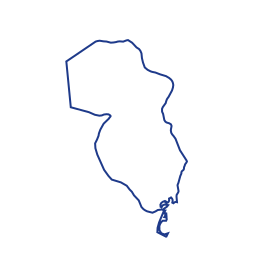 map outline of Ash Sharqiyah (Albers equal-area conic projection), rotated 119°
{"feature_id": "EGY-1535", "entity_name": "Ash Sharqiyah", "entity_type": "Governorate", "adm_level": 1, "iso_a3": "EGY", "parent_name": "Egypt", "parent_adm1": "", "projection": "albers", "projection_center": [31.859, 30.68], "detail": "fine", "context": "isolated", "style": "outline", "palette": "blue", "viewbox_px": 256, "rotation_deg": 119, "n_neighbors": 0, "source": "natural_earth", "source_scale": "10m", "svg_char_len": 2364}
<svg xmlns="http://www.w3.org/2000/svg" viewBox="0 0 256 256"><g transform="rotate(119 128 128)"><path d="M169.1,49.2L169.4,50.3L170.3,51.2L171.8,51.8L171.8,53.1L170.3,53.5L169.2,54.2L168.4,55.2L167.9,56.7L168.6,57.0L169.8,57.9L171.3,56.9L172.6,56.7L173.8,57.0L174.9,57.9L174.9,59.0L173.9,59.0L173.9,60.3L175.4,61.6L177.3,62.5L179.3,62.5L181.1,61.3L181.1,60.2L178.9,60.2L177.4,59.1L176.5,57.3L176.0,55.5L178.2,55.9L181.3,57.5L182.7,57.7L182.8,58.8L185.3,62.2L187.6,63.5L190.2,65.5L191.6,70.8L191.7,72.9L191.5,75.1L190.6,77.9L186.1,83.5L184.0,90.1L181.9,93.7L181.0,96.8L179.1,101.1L179.0,107.9L181.0,117.2L179.4,121.8L176.2,128.6L166.2,141.9L161.5,146.7L157.4,149.3L153.0,149.5L149.1,150.0L146.8,150.8L142.8,151.4L136.2,151.4L135.7,151.3L128.8,149.2L128.3,149.3L127.9,149.2L127.0,149.0L126.3,148.9L125.9,149.1L125.6,149.7L125.5,151.6L126.3,153.4L127.9,155.6L129.7,157.0L131.1,159.0L132.5,163.4L133.1,169.8L137.6,188.1L99.7,214.2L68.1,198.2L66.7,196.8L65.4,195.1L64.1,191.5L62.8,188.7L61.7,184.4L60.2,182.1L58.7,180.2L57.3,178.8L56.2,177.2L54.8,174.1L52.2,171.9L51.1,170.6L51.4,165.8L53.4,159.6L53.6,156.6L54.5,154.6L56.2,152.4L60.1,149.7L63.4,146.7L66.9,142.7L67.6,139.1L67.5,135.7L67.2,134.1L66.2,130.9L65.5,125.9L64.2,119.9L64.3,116.3L64.8,113.8L65.7,111.9L67.0,110.4L68.5,109.2L70.9,108.3L73.8,107.7L81.2,107.6L82.6,107.8L84.1,107.9L86.5,107.5L87.9,107.1L92.9,107.7L94.8,107.5L97.2,106.1L98.7,104.1L103.4,100.1L104.3,98.5L104.5,97.0L103.9,94.2L104.0,92.2L105.1,90.9L106.5,90.4L108.1,89.9L109.3,89.4L111.2,87.9L112.2,86.2L113.0,84.1L114.4,81.2L122.3,71.7L127.9,61.3L128.6,60.3L128.9,60.2L129.7,60.2L130.4,60.2L131.4,60.4L132.2,60.4L132.5,60.4L133.1,60.2L133.8,60.1L135.0,60.0L135.3,59.9L136.6,59.3L137.2,59.2L137.6,59.2L137.9,59.2L139.1,59.7L139.7,59.9L140.1,59.9L140.4,59.9L141.1,59.7L142.1,59.2L142.4,59.2L144.6,59.0L151.6,57.3L153.4,57.1L153.8,57.0L154.1,56.9L158.7,53.2L159.3,53.0L160.0,52.9L162.7,53.0L163.0,53.0L164.5,52.3L169.1,49.2ZM182.6,56.5L182.1,55.4L184.5,55.3L185.2,55.4L185.2,54.1L184.6,54.0L184.4,53.8L184.5,53.6L184.2,53.1L184.5,52.9L186.3,51.7L186.3,52.8L186.8,53.0L187.4,52.9L188.3,53.0L187.7,51.1L188.9,49.9L190.6,49.7L192.2,52.6L194.1,53.3L196.5,53.4L198.6,53.0L202.2,50.9L203.9,47.8L203.4,44.5L200.7,42.0L204.3,41.8L204.6,42.1L204.9,51.8L201.0,53.7L195.6,55.0L182.6,56.5L182.6,56.5Z" fill="none" stroke="#1e3a8a" stroke-width="2"/></g></svg>